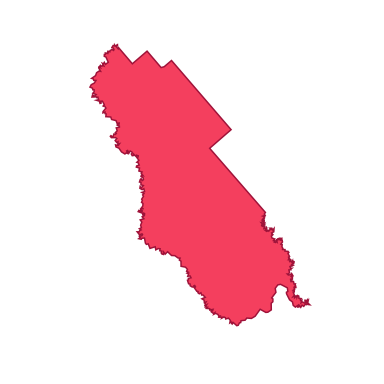 Moira, Victoria, Australia (Albers equal-area conic projection), rotated 229°
{"feature_id": "25037944B99849949120083", "entity_name": "Moira", "entity_type": "district", "adm_level": 2, "iso_a3": "AUS", "parent_name": "Australia", "parent_adm1": "Victoria", "projection": "albers", "projection_center": [145.363, -36.051], "detail": "fine", "context": "isolated", "style": "filled", "palette": "rose", "viewbox_px": 384, "rotation_deg": 229, "n_neighbors": 0, "source": "geoboundaries", "source_scale": "gbopen_adm2", "svg_char_len": 5976}
<svg xmlns="http://www.w3.org/2000/svg" viewBox="0 0 384 384"><g transform="rotate(229 192 192)"><path d="M151.3,138.2L149.9,139.6L149.0,137.8L147.0,138.3L143.1,135.0L139.5,137.8L136.6,137.8L135.7,135.9L133.8,136.7L134.0,135.0L132.5,135.8L131.2,133.5L129.9,135.5L127.9,135.0L129.2,132.6L128.1,131.8L128.4,130.7L125.0,129.2L123.7,130.2L122.5,129.1L120.2,129.8L119.0,131.1L120.0,131.9L119.7,132.7L118.1,132.4L117.9,130.9L113.9,130.5L112.9,131.3L112.1,130.4L110.4,130.7L110.1,132.6L107.9,131.7L107.1,132.7L103.8,132.9L104.9,129.4L102.4,130.2L100.5,128.8L99.8,130.4L99.2,128.5L98.0,128.3L97.8,126.6L97.3,129.1L96.5,126.6L94.9,128.1L94.7,126.5L92.3,128.8L91.3,128.0L89.6,130.9L88.9,129.6L89.9,128.6L89.1,127.9L86.2,128.5L86.0,129.7L85.4,128.3L84.9,130.2L82.5,131.3L80.8,130.7L80.1,131.7L79.8,130.3L77.8,132.6L77.3,131.6L76.7,134.1L75.3,134.8L74.1,134.1L72.8,136.8L70.0,136.7L68.5,134.8L68.4,136.3L66.9,135.6L66.9,136.7L66.1,136.3L66.4,137.5L61.7,138.1L61.1,139.5L62.1,141.9L61.5,143.1L62.7,144.6L60.4,148.0L60.9,150.7L57.6,153.9L56.8,158.2L58.8,166.5L52.7,168.7L51.5,170.4L51.0,174.5L56.1,178.8L56.1,181.0L58.2,182.9L59.8,182.7L61.2,189.5L64.7,191.6L65.6,195.8L64.2,198.3L57.1,201.1L54.1,199.1L54.4,197.5L53.2,196.6L46.6,194.9L43.2,195.7L40.0,194.0L37.3,194.5L36.9,198.0L36.0,197.3L36.6,196.5L35.7,196.3L35.1,197.4L35.7,198.6L33.6,198.4L34.4,200.8L32.4,201.3L32.9,203.9L31.9,204.5L32.6,206.1L31.0,205.7L29.7,206.9L32.4,206.6L34.0,208.7L34.0,206.8L34.9,208.0L34.8,207.1L36.2,206.4L35.7,205.6L34.2,205.9L34.2,204.2L36.6,203.2L36.8,201.7L38.3,204.0L38.9,202.8L39.9,203.3L40.0,204.4L41.6,203.0L43.4,204.3L44.6,203.8L43.6,202.0L44.9,202.8L44.9,200.2L46.0,201.4L46.6,199.7L47.0,201.6L50.1,202.7L49.5,203.6L50.4,204.5L51.5,203.9L51.3,205.7L52.7,206.1L51.9,207.5L53.2,207.3L52.9,208.6L54.0,208.6L54.8,209.8L55.6,208.7L57.9,209.9L59.5,207.9L61.1,208.9L60.2,209.5L61.1,209.8L60.4,210.6L61.6,211.7L63.0,211.4L62.4,213.2L64.5,213.6L64.0,212.6L65.2,213.1L64.9,212.1L66.2,210.2L67.6,210.1L66.9,211.0L67.1,212.7L69.6,214.0L68.5,215.6L69.1,215.7L69.0,217.1L69.6,216.3L71.4,217.0L70.9,217.6L71.6,219.0L70.5,219.0L70.3,220.1L71.3,219.4L72.0,220.7L71.2,221.6L72.3,223.3L72.9,223.2L72.6,221.5L74.1,222.7L73.6,221.3L75.0,221.3L75.3,219.5L75.7,221.7L77.2,220.6L76.9,221.7L77.8,221.3L77.8,222.6L78.3,221.5L79.5,222.1L79.3,223.3L82.6,224.1L83.0,226.1L83.2,225.0L84.2,225.5L86.4,223.4L87.5,224.4L89.6,222.2L89.2,223.4L91.7,224.0L93.1,225.5L94.3,224.8L94.9,227.5L96.6,228.5L97.3,227.6L98.1,229.4L99.2,228.2L98.0,227.5L99.1,227.1L98.6,225.9L99.9,227.2L100.4,226.0L99.8,225.2L100.5,224.6L98.5,223.4L99.5,223.3L99.0,222.0L100.3,221.2L100.9,222.6L101.9,221.7L102.3,223.6L104.8,222.2L106.7,223.0L106.7,224.9L108.4,224.4L107.6,225.1L108.9,225.2L108.3,227.6L110.6,229.9L110.2,228.0L112.3,228.5L113.6,227.0L111.8,227.0L112.5,226.0L112.1,224.3L114.2,224.2L112.9,223.8L113.3,222.5L114.7,222.2L113.4,223.4L115.4,223.2L115.7,224.9L116.5,225.0L116.1,224.2L117.3,222.5L118.3,224.4L119.3,223.0L120.9,222.4L121.4,223.2L119.4,223.6L119.9,225.8L121.2,224.2L121.3,225.9L122.2,224.1L123.2,224.1L121.9,225.0L122.5,227.3L123.1,227.8L123.7,226.1L124.5,228.6L125.0,227.3L125.7,230.6L127.3,229.7L126.4,231.9L127.9,232.1L128.4,234.0L213.4,234.0L213.4,262.4L304.7,262.8L304.8,253.2L306.2,250.3L327.8,250.5L327.9,231.1L349.1,231.3L348.5,230.2L351.5,230.2L351.2,231.7L352.1,232.4L352.6,229.8L353.9,230.0L353.3,229.3L354.3,228.5L353.5,226.6L354.1,225.8L352.6,227.0L350.7,226.6L350.3,225.7L352.0,225.1L352.5,223.0L351.7,222.0L352.8,221.4L352.1,220.0L353.1,220.3L352.3,218.7L353.8,217.8L352.7,216.8L353.3,216.1L352.0,214.8L350.3,215.6L344.8,213.9L345.1,210.4L347.4,210.9L346.9,209.1L347.7,208.8L345.0,208.1L346.3,207.4L346.0,206.4L346.8,206.1L346.2,205.8L347.7,205.9L347.3,204.4L346.2,204.3L347.4,203.6L346.9,203.0L343.0,202.2L344.3,201.0L344.6,198.2L343.1,195.6L343.6,190.8L342.2,191.7L340.7,191.1L339.2,192.7L338.3,189.7L339.1,186.4L338.1,183.8L335.6,185.0L334.2,184.2L333.4,185.2L331.8,183.9L331.6,182.0L328.4,183.6L328.4,181.1L330.5,180.6L329.3,178.8L326.7,182.1L325.6,182.1L325.4,183.2L322.9,182.1L324.0,180.0L321.3,181.7L319.2,180.7L318.7,181.7L320.3,182.9L319.3,184.0L315.5,183.1L315.1,180.7L314.6,182.4L311.8,182.1L311.1,177.7L310.2,176.7L309.3,178.8L308.2,177.8L307.2,178.4L305.4,176.4L301.9,179.9L299.5,178.9L295.7,181.5L293.0,180.5L291.8,182.3L291.1,181.6L292.1,180.2L291.6,179.4L289.5,180.5L288.6,179.8L290.1,176.9L287.3,175.7L287.1,173.1L285.8,173.2L285.8,171.9L287.0,171.2L285.4,168.4L287.7,167.8L287.6,166.9L285.9,166.8L283.2,170.0L281.7,170.4L281.2,167.7L278.7,167.7L278.5,169.1L276.7,167.3L276.0,168.9L275.5,166.8L277.7,165.2L275.9,164.2L273.0,165.6L268.5,165.1L264.7,166.3L264.6,168.0L263.3,168.7L265.9,169.6L265.6,170.7L262.8,170.1L263.5,172.2L261.5,172.9L260.6,172.6L260.5,171.1L258.6,170.7L257.9,171.8L258.8,172.8L254.9,173.1L256.1,174.3L254.6,175.2L253.8,174.4L254.1,173.0L250.8,172.7L250.6,169.9L249.6,170.6L247.0,169.8L248.0,167.3L247.3,166.3L244.5,168.1L242.7,165.7L239.9,167.4L239.5,166.0L236.4,165.8L237.8,164.7L237.2,163.7L235.0,164.5L233.2,163.5L233.3,161.9L235.4,162.3L235.4,161.2L234.0,158.9L232.7,159.8L230.9,158.2L228.8,159.5L228.4,156.5L230.1,156.4L229.0,155.1L226.5,155.9L226.1,157.8L223.4,156.5L224.6,153.9L222.3,154.7L222.2,152.8L220.6,152.6L219.6,149.3L218.2,149.0L217.3,147.1L215.6,147.5L213.7,145.7L213.2,143.4L211.1,144.5L212.9,142.1L211.7,141.4L210.4,142.1L209.9,141.3L213.0,139.9L212.5,138.5L208.7,140.6L206.8,139.9L207.7,141.8L206.7,142.0L205.4,140.5L206.0,138.1L203.4,138.1L204.9,134.6L202.2,134.4L200.6,131.4L198.2,130.4L198.8,128.2L196.8,128.7L197.2,127.1L196.6,126.0L197.9,124.5L194.2,124.3L193.2,126.8L192.4,126.8L191.9,125.6L193.1,123.2L191.6,123.0L191.7,121.2L189.6,122.7L189.9,123.9L188.4,125.9L184.0,123.3L182.4,123.2L181.6,124.9L177.0,123.3L174.8,128.3L172.1,126.7L171.5,129.3L170.1,130.7L168.8,129.1L167.1,130.4L166.3,128.8L165.0,128.6L163.6,129.5L165.2,131.2L162.7,131.0L162.9,134.4L157.5,134.9L155.2,137.3L151.3,138.2Z" fill="#f43f5e" stroke="#9f1239" stroke-width="1.5"/></g></svg>